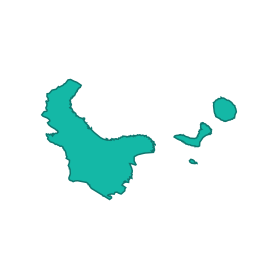 outline of Kota Manado, Sulawesi Utara, Indonesia, rotated 120°
{"feature_id": "22746128B83673204362612", "entity_name": "Kota Manado", "entity_type": "district", "adm_level": 2, "iso_a3": "IDN", "parent_name": "Indonesia", "parent_adm1": "Sulawesi Utara", "projection": "equal_earth", "projection_center": [124.782, 1.539], "detail": "fine", "context": "isolated", "style": "filled", "palette": "teal", "viewbox_px": 256, "rotation_deg": 120, "n_neighbors": 0, "source": "geoboundaries", "source_scale": "gbopen_adm2", "svg_char_len": 5860}
<svg xmlns="http://www.w3.org/2000/svg" viewBox="0 0 256 256"><g transform="rotate(120 128 128)"><path d="M177.6,192.2L178.8,188.4L178.1,185.2L178.5,182.7L177.7,181.6L177.9,180.4L177.6,179.1L177.8,177.8L176.9,176.5L177.1,174.6L177.8,174.4L178.5,172.6L178.9,172.4L179.0,171.3L180.3,169.6L182.7,167.7L183.3,166.5L185.1,166.4L185.2,162.5L187.7,161.3L190.3,161.0L191.9,158.6L192.6,158.4L192.5,158.0L193.0,157.3L196.6,155.0L200.9,154.2L202.0,153.2L202.3,151.9L201.8,150.1L201.9,148.7L200.3,147.4L198.8,145.2L195.9,136.8L196.1,134.8L196.9,134.2L196.6,132.6L197.4,132.3L198.6,129.6L198.9,116.4L199.3,116.0L199.3,115.2L198.9,114.8L199.1,108.2L196.8,107.3L196.0,107.8L195.7,109.3L196.3,109.7L196.6,111.8L195.8,111.8L193.4,109.4L192.2,106.9L190.3,107.1L189.0,105.4L189.1,103.8L188.7,101.3L188.4,100.8L184.0,99.4L182.1,100.3L180.8,100.1L180.4,104.6L178.0,104.4L176.6,103.4L176.4,104.5L175.9,104.4L175.3,103.6L175.6,102.3L174.8,100.3L173.3,101.0L172.4,102.3L172.1,101.9L172.2,100.5L172.0,101.3L170.7,101.1L169.0,102.5L169.8,100.8L169.6,99.5L168.0,100.8L166.2,101.2L165.8,102.3L164.6,102.2L162.9,102.9L160.9,104.8L158.0,108.8L157.2,107.1L156.3,103.0L155.7,102.7L153.5,106.2L150.2,108.1L149.4,108.1L146.3,106.2L143.2,103.0L141.2,100.8L136.8,94.4L136.2,95.7L135.8,93.8L134.7,94.0L134.8,94.7L135.2,94.8L134.9,95.2L134.4,94.0L133.9,94.0L133.4,94.4L133.6,94.5L133.4,95.2L132.6,95.0L132.0,95.6L132.1,96.5L131.0,96.2L130.7,95.7L130.8,96.8L130.2,97.4L130.5,97.6L129.6,98.3L129.6,97.6L129.1,97.6L128.9,96.1L128.6,96.3L128.7,97.5L127.0,98.7L127.1,99.4L127.5,99.3L127.4,99.9L128.2,100.3L128.1,100.8L127.3,100.2L126.6,101.9L126.8,101.9L126.1,102.8L126.7,104.2L126.1,104.0L125.7,105.5L126.5,107.2L125.5,108.5L126.4,109.6L126.9,109.6L126.6,110.6L127.1,112.0L127.9,112.7L128.2,113.6L127.9,114.2L129.1,115.6L129.2,116.3L130.0,116.5L131.3,118.2L131.6,118.1L131.4,118.8L131.6,119.5L132.8,119.3L132.8,120.3L133.3,121.0L133.4,122.0L134.1,121.9L134.4,122.9L134.9,122.7L135.6,123.9L136.4,124.4L136.2,125.2L137.6,128.4L138.4,128.2L139.4,129.5L140.6,129.6L141.3,131.0L142.6,130.8L143.3,132.0L142.6,132.5L143.0,132.3L143.2,132.8L143.5,132.8L143.6,133.4L144.5,134.2L145.0,135.4L145.3,135.0L145.3,136.1L146.1,136.2L145.7,136.7L146.2,136.8L146.2,136.3L146.6,136.3L146.8,137.0L147.2,136.7L147.5,137.1L148.8,139.9L147.2,140.4L147.9,140.3L148.0,141.5L148.6,141.3L148.4,140.2L149.0,140.1L149.1,140.5L148.6,140.6L149.2,141.1L150.0,143.8L150.1,147.2L148.8,155.1L147.7,159.2L147.5,159.5L146.9,159.2L146.4,159.6L147.3,159.7L147.5,160.1L147.0,161.3L146.4,161.1L147.6,161.6L148.1,161.5L148.2,162.4L147.2,162.3L147.1,163.2L146.9,163.0L147.1,162.2L146.3,161.8L146.6,162.1L146.6,162.7L146.3,163.3L146.0,163.2L145.0,166.7L144.5,166.6L144.8,167.2L144.3,169.2L144.2,168.6L143.1,170.7L142.8,170.1L143.0,169.5L142.6,170.4L141.9,170.1L141.3,170.5L141.4,171.2L142.5,172.2L142.8,173.2L143.3,175.6L142.8,177.8L143.4,179.0L142.7,179.3L141.5,180.7L141.3,182.7L141.6,182.4L142.0,183.0L141.6,183.8L141.3,183.6L141.4,184.5L140.6,184.5L139.3,186.4L139.2,187.0L139.8,187.7L139.4,188.5L138.9,187.8L139.0,187.5L137.6,188.7L136.3,188.6L135.6,189.2L136.2,190.1L134.8,190.4L133.6,191.8L133.5,191.5L132.9,192.2L132.1,191.8L130.5,192.3L130.1,191.4L128.3,191.2L128.2,191.7L126.7,190.5L123.4,190.9L122.0,190.5L121.3,190.8L121.1,190.5L119.7,190.9L118.7,190.4L117.8,190.5L116.8,189.7L114.4,189.9L114.0,195.1L114.5,198.3L114.7,202.0L116.4,204.0L120.7,204.5L121.7,205.3L123.6,205.7L127.0,208.0L126.9,208.9L130.3,209.6L133.2,212.7L137.5,213.5L138.8,215.2L141.3,213.9L142.3,211.9L143.3,211.5L144.0,210.5L145.1,210.8L145.4,212.2L145.9,212.4L146.5,211.5L147.1,211.3L147.5,210.3L149.6,209.3L151.3,209.3L152.5,208.4L152.7,207.3L153.6,206.7L154.4,207.0L155.1,208.1L156.1,208.9L159.8,209.3L160.3,207.5L159.7,203.2L159.8,201.4L160.3,199.8L161.0,199.2L163.7,200.3L164.8,198.3L165.3,195.4L165.3,190.7L165.7,189.0L165.5,187.8L165.9,187.7L166.4,186.4L168.2,186.9L169.0,188.4L170.4,188.9L170.1,190.2L171.0,190.5L171.3,189.3L172.7,189.3L171.8,191.7L173.2,192.3L172.9,193.6L173.6,194.0L173.9,195.7L174.7,195.4L175.6,194.1L175.9,192.5L177.6,192.2ZM66.4,41.6L66.1,40.8L62.9,42.0L59.9,42.2L57.5,44.3L56.2,46.1L55.4,46.5L55.2,48.5L54.1,50.9L53.7,54.6L54.4,56.0L54.2,60.1L54.9,60.7L54.9,62.7L55.7,62.2L56.7,63.1L57.4,64.5L58.6,64.6L59.9,65.7L62.3,66.0L63.3,66.7L64.2,65.7L65.8,65.1L70.9,61.3L72.2,60.0L72.8,58.7L73.4,58.6L73.8,57.7L74.2,57.6L74.0,52.6L74.4,52.3L74.4,51.4L73.9,49.1L74.1,48.3L73.8,48.2L73.7,47.3L73.2,46.5L73.4,47.5L73.1,46.5L70.8,44.7L69.9,43.5L68.3,42.6L68.1,41.9L66.4,41.6ZM90.8,53.3L90.6,53.9L89.3,54.1L88.4,55.2L88.0,54.9L87.8,55.5L87.6,55.4L87.6,56.4L87.3,56.3L87.0,57.5L86.5,58.1L86.6,58.9L86.1,59.6L86.5,60.6L86.2,60.6L86.3,61.7L86.0,61.7L86.2,61.8L85.8,62.8L86.1,64.4L86.4,64.7L85.9,65.4L86.1,66.1L87.2,67.0L87.6,66.6L86.9,66.4L87.1,66.1L87.6,66.6L87.7,67.0L87.7,66.7L87.9,67.0L88.6,66.9L88.6,66.7L88.1,66.8L87.7,66.5L89.2,66.5L91.0,65.4L91.8,64.8L91.5,64.3L91.9,64.8L92.2,64.3L92.6,64.6L92.2,64.0L92.4,63.9L92.7,63.9L92.9,64.7L92.7,63.9L94.1,65.0L94.6,64.6L95.7,64.9L96.1,64.2L97.0,63.7L97.5,63.9L97.6,63.4L97.7,63.9L99.2,63.9L99.8,63.9L100.2,63.5L100.4,63.8L102.2,63.6L103.8,65.1L105.8,69.2L105.8,71.1L106.6,74.2L106.3,75.3L106.9,76.8L106.7,76.9L107.1,77.1L107.0,77.5L107.7,78.6L107.4,79.0L108.6,80.5L108.2,79.5L110.4,82.6L111.7,83.6L112.7,83.6L112.8,79.3L112.5,78.7L112.7,78.0L112.2,75.6L112.5,74.9L112.2,74.8L112.2,74.1L112.5,73.7L112.1,73.5L112.3,72.9L112.1,72.8L112.8,71.8L112.4,71.1L112.9,69.7L112.6,69.5L112.2,67.0L111.5,65.9L111.6,64.5L110.2,61.1L110.4,60.8L110.1,60.8L110.1,60.1L109.0,57.9L107.7,57.1L104.5,58.7L98.7,58.3L95.2,56.7L93.8,55.4L93.0,55.3L93.1,54.8L91.9,53.6L91.5,53.9L91.7,54.5L91.2,54.4L90.8,53.8L91.5,53.5L90.8,53.3ZM124.2,50.6L123.6,51.3L124.2,53.1L123.3,54.5L123.2,56.1L123.7,57.9L125.7,58.4L126.6,57.1L126.6,55.1L125.3,52.1L124.5,51.5L124.2,50.6Z" fill="#14b8a6" stroke="#0f766e" stroke-width="1.5"/></g></svg>